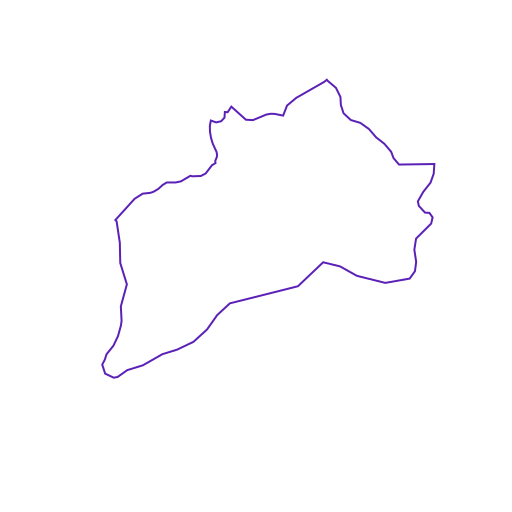 Ordu, Robinson projection, rotated 313°
{"feature_id": "TUR-2293", "entity_name": "Ordu", "entity_type": "Province", "adm_level": 1, "iso_a3": "TUR", "parent_name": "Turkey", "parent_adm1": "", "projection": "robinson", "projection_center": [37.565, 40.74], "detail": "fine", "context": "isolated", "style": "outline", "palette": "violet", "viewbox_px": 512, "rotation_deg": 313, "n_neighbors": 0, "source": "natural_earth", "source_scale": "10m", "svg_char_len": 1333}
<svg xmlns="http://www.w3.org/2000/svg" viewBox="0 0 512 512"><g transform="rotate(313 256 256)"><path d="M186.4,128.6L215.1,128.2L224.3,130.6L230.2,135.7L233.0,137.2L238.4,138.8L244.4,139.3L248.9,140.6L255.0,147.1L259.4,150.2L269.9,153.3L270.9,155.1L276.9,161.1L282.0,162.9L292.3,161.9L296.3,163.0L297.8,161.3L301.4,160.0L303.3,158.7L305.2,156.2L308.6,147.9L311.6,142.7L315.4,137.7L319.8,133.4L324.3,130.6L326.5,135.7L330.8,138.6L335.7,138.6L340.1,135.0L341.8,137.2L348.4,136.1L348.8,155.7L353.3,161.1L366.5,167.1L370.0,169.7L372.7,172.8L377.2,180.1L387.2,176.1L399.2,177.6L430.1,187.2L433.2,187.6L433.0,188.8L433.5,199.8L429.9,209.3L424.3,215.1L420.1,222.7L420.1,232.6L424.5,241.5L425.9,252.1L424.7,262.9L425.6,273.4L424.4,283.8L421.4,289.8L420.4,298.2L444.9,323.7L437.3,329.9L428.7,333.6L416.9,334.6L406.4,337.1L403.7,340.9L403.0,350.0L405.8,353.5L404.7,358.8L399.2,362.0L377.9,361.2L368.6,367.5L360.9,377.2L353.3,382.6L344.3,383.8L324.5,368.9L310.3,343.3L305.7,324.5L297.2,309.4L262.5,307.3L203.6,269.2L186.4,267.9L168.9,270.3L150.6,268.8L133.6,262.1L120.4,254.5L98.9,247.8L84.8,239.7L73.2,237.3L70.0,235.0L67.1,225.9L71.7,217.6L77.1,216.1L82.2,213.7L93.2,212.9L103.3,209.7L112.9,204.7L116.8,202.0L127.0,191.5L147.2,180.9L158.3,161.5L172.8,147.4L186.3,130.4L186.4,128.6Z" fill="none" stroke="#5b21b6" stroke-width="2"/></g></svg>